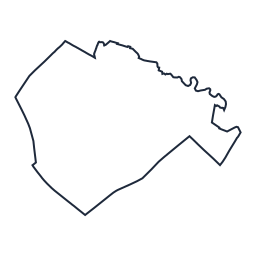 Stejaru, Teleorman, Romania (orthographic projection)
{"feature_id": "2599482B19320375788704", "entity_name": "Stejaru", "entity_type": "district", "adm_level": 2, "iso_a3": "ROU", "parent_name": "Romania", "parent_adm1": "Teleorman", "projection": "orthographic", "projection_center": [24.865, 44.177], "detail": "fine", "context": "isolated", "style": "outline", "palette": "slate", "viewbox_px": 256, "rotation_deg": 0, "n_neighbors": 0, "source": "geoboundaries", "source_scale": "gbopen_adm2", "svg_char_len": 3508}
<svg xmlns="http://www.w3.org/2000/svg" viewBox="0 0 256 256"><path d="M85.1,215.0L89.3,211.7L93.8,208.2L106.2,198.3L109.8,195.4L113.4,192.6L116.2,190.8L117.9,189.9L130.2,184.4L137.0,181.2L142.4,178.3L151.4,169.4L158.4,162.0L158.8,161.6L164.1,157.0L169.8,152.3L178.3,145.3L189.5,136.2L192.9,139.4L197.7,144.1L204.0,150.1L213.3,158.6L220.0,165.1L222.6,161.8L225.4,157.5L228.9,151.3L230.2,149.1L230.7,148.3L235.0,141.3L237.0,137.9L238.1,136.7L240.6,132.4L238.0,127.2L236.5,126.8L234.7,127.5L227.1,131.5L221.6,129.4L219.2,128.4L219.4,127.6L211.9,122.5L212.9,116.2L214.9,105.1L216.2,106.0L216.6,105.8L217.1,105.3L217.6,105.5L217.9,105.8L219.4,106.5L220.0,107.5L221.5,107.9L222.5,107.8L223.2,108.0L224.1,110.1L225.4,107.0L226.0,104.1L225.7,101.5L223.9,99.0L221.4,97.3L219.4,94.3L218.6,93.9L217.6,94.3L216.9,95.5L215.7,96.6L214.2,96.9L212.3,96.0L209.8,94.0L209.5,92.3L210.3,90.4L210.2,89.2L209.1,88.3L206.7,88.7L205.0,89.8L200.6,90.5L198.0,91.2L195.9,90.6L194.8,88.4L196.9,84.4L197.5,82.1L196.5,79.9L194.7,77.4L192.8,77.3L190.9,78.4L190.5,80.2L191.1,82.9L190.2,84.9L188.1,86.0L185.7,85.2L181.9,81.2L181.5,79.1L180.1,77.3L178.8,76.8L177.3,77.5L174.3,77.4L173.3,77.2L171.2,74.5L170.3,73.7L167.8,74.1L166.7,73.7L165.4,74.5L163.9,73.4L162.4,73.9L162.1,71.7L159.6,70.7L158.9,70.5L158.7,70.4L158.8,70.0L159.2,67.6L158.0,67.3L157.5,66.4L157.3,63.5L156.4,62.3L149.9,61.4L148.3,61.1L147.4,61.0L146.6,60.8L145.4,60.6L144.9,60.5L144.3,60.4L144.0,60.3L143.4,60.1L142.5,59.7L141.6,59.3L140.9,58.9L140.3,58.7L139.4,58.3L138.7,58.0L138.9,57.5L139.1,56.6L139.1,56.4L138.9,56.1L138.7,55.7L138.4,55.0L138.2,54.4L138.0,54.2L137.8,53.9L137.5,53.5L137.4,53.4L137.2,53.2L136.7,52.7L136.1,52.2L135.0,51.1L133.9,50.0L132.7,48.8L131.6,48.5L130.1,48.2L130.3,46.8L128.1,46.2L127.7,47.0L127.2,46.9L125.8,46.5L124.2,46.0L122.4,45.4L120.5,44.9L118.4,44.3L117.2,44.0L117.7,43.2L116.1,42.8L114.3,42.2L112.6,41.8L110.8,41.3L110.1,41.0L109.9,41.2L109.1,41.9L108.3,42.6L107.3,43.5L106.5,44.1L106.1,44.5L105.9,44.7L105.6,44.9L105.2,45.0L104.6,45.3L104.2,45.5L104.1,45.3L104.1,44.9L104.1,44.3L104.0,44.1L103.8,43.5L103.4,42.9L103.2,42.6L102.8,42.3L102.3,42.2L102.0,42.1L101.6,42.1L101.2,42.1L100.8,42.2L100.2,42.2L99.9,42.2L99.7,42.1L99.4,41.9L99.3,42.1L99.2,42.2L98.9,42.2L98.7,42.1L98.2,42.9L97.4,45.2L97.2,45.3L97.0,45.8L96.7,46.6L96.5,47.3L96.2,48.3L96.0,48.6L95.8,49.3L95.5,50.3L94.9,51.7L94.7,52.3L94.5,52.6L94.4,53.0L94.4,53.3L94.2,53.7L94.1,53.9L94.1,54.1L94.1,54.3L94.2,54.8L94.3,55.2L94.4,55.6L94.6,56.4L94.9,57.8L94.5,57.6L94.0,57.2L93.4,56.9L92.8,56.5L92.1,56.1L91.4,55.7L90.4,55.2L90.0,55.0L89.9,54.9L89.4,54.7L89.1,54.5L88.7,54.3L88.3,54.1L87.9,53.8L87.3,53.5L86.8,53.2L86.1,52.8L85.6,52.5L85.2,52.2L84.9,52.1L84.6,51.9L84.2,51.7L83.4,51.2L82.6,50.8L81.9,50.4L81.1,49.9L80.4,49.5L79.3,48.9L78.3,48.3L76.8,47.5L75.8,46.9L73.6,45.8L72.2,45.0L71.4,44.5L70.4,43.9L68.9,43.0L67.8,42.5L67.0,42.0L65.8,41.3L65.2,41.0L64.6,41.7L63.7,42.7L63.6,42.8L62.1,44.6L59.8,46.8L58.5,47.9L58.3,48.0L56.6,49.6L55.0,51.3L54.9,51.5L52.8,53.3L52.7,53.4L50.9,55.2L44.4,61.6L35.0,70.3L29.4,75.9L23.1,85.3L19.7,90.4L15.6,96.7L15.4,97.3L15.7,97.9L16.1,98.8L17.9,102.3L21.4,109.2L24.4,115.3L26.2,119.3L28.2,123.7L30.0,128.4L30.3,129.6L30.9,131.8L33.4,141.0L33.9,145.7L34.2,148.5L35.9,162.5L33.3,164.6L32.5,165.2L33.4,166.7L37.6,172.3L41.2,176.8L41.9,177.8L44.1,180.4L47.0,183.5L51.6,188.0L54.7,190.7L60.1,195.0L64.6,198.6L68.1,201.4L71.3,203.9L72.0,204.5L72.8,205.1L74.0,206.0L77.9,209.2L81.8,212.3L85.1,215.0Z" fill="none" stroke="#1e293b" stroke-width="2"/></svg>